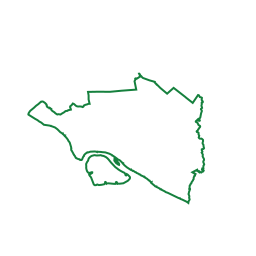 outline of Duran, Guayas, Ecuador, rotated 303°
{"feature_id": "8360857B97967949149299", "entity_name": "Duran", "entity_type": "district", "adm_level": 2, "iso_a3": "ECU", "parent_name": "Ecuador", "parent_adm1": "Guayas", "projection": "robinson", "projection_center": [-79.802, -2.217], "detail": "fine", "context": "isolated", "style": "outline", "palette": "green", "viewbox_px": 256, "rotation_deg": 303, "n_neighbors": 0, "source": "geoboundaries", "source_scale": "gbopen_adm2", "svg_char_len": 5754}
<svg xmlns="http://www.w3.org/2000/svg" viewBox="0 0 256 256"><g transform="rotate(303 128 128)"><path d="M158.9,197.3L159.1,196.2L159.1,195.4L158.2,194.1L158.2,193.3L158.5,192.5L160.4,191.9L161.0,190.7L162.4,189.8L162.5,189.3L162.2,187.9L162.6,187.4L162.9,187.4L163.9,187.8L165.0,187.6L165.9,187.8L167.0,187.7L167.7,187.9L168.4,187.8L168.7,187.6L169.0,187.1L168.9,185.6L170.3,183.2L170.1,181.7L170.2,181.4L170.7,181.2L171.2,181.4L173.4,181.9L173.3,182.4L172.6,182.9L172.6,183.2L172.9,184.0L173.3,184.2L173.6,184.0L174.1,182.9L174.7,182.5L175.6,182.9L176.2,182.9L180.1,181.3L182.5,180.7L182.9,180.2L183.4,179.0L183.8,178.8L185.2,179.2L185.7,178.7L186.6,177.5L188.2,176.9L189.3,176.0L189.8,176.0L190.2,176.6L190.6,176.6L191.0,176.2L191.7,174.4L192.9,173.9L193.6,173.5L193.6,173.0L193.1,171.4L194.0,169.7L194.0,169.3L193.8,168.8L184.3,168.6L185.1,159.8L185.2,159.5L186.5,144.4L178.1,142.1L179.2,133.2L180.3,128.1L180.1,128.1L180.8,125.5L181.3,125.3L179.7,120.2L178.1,113.3L178.2,112.3L178.7,110.9L178.8,109.8L179.5,108.6L179.7,107.8L179.6,107.7L178.3,109.7L177.5,110.1L177.1,109.7L175.9,109.4L174.7,108.6L174.0,108.5L173.9,108.3L173.9,107.5L173.5,107.2L173.2,107.2L172.8,107.8L170.8,108.0L164.7,114.0L155.7,102.2L148.4,93.0L142.7,84.0L136.5,74.8L133.9,77.2L130.5,79.4L127.4,82.6L126.8,81.7L125.6,80.9L124.2,79.6L122.7,78.7L121.9,79.0L121.2,78.8L120.8,78.5L120.6,77.3L119.9,75.9L118.8,74.4L118.3,73.0L118.3,72.1L118.7,69.7L118.5,68.4L116.6,68.3L114.6,67.7L113.6,68.4L113.2,69.2L112.3,70.1L110.3,68.1L109.7,68.0L109.1,67.6L108.7,66.9L108.4,66.6L107.7,66.2L106.7,66.0L103.7,64.5L102.6,64.1L101.6,62.0L100.8,61.3L100.8,60.9L100.8,58.9L101.1,57.9L101.1,55.2L101.5,53.7L101.8,53.4L102.2,53.3L102.2,52.4L101.8,51.6L102.3,51.4L102.3,51.0L101.7,50.1L101.7,48.7L102.1,48.2L102.2,47.8L102.9,47.5L103.0,46.9L103.5,46.4L103.5,45.7L103.8,45.1L103.9,42.7L103.8,42.2L103.4,41.4L102.8,41.1L102.6,40.7L99.2,39.8L96.6,38.8L93.7,38.1L89.3,36.7L88.3,36.6L86.6,36.6L85.3,36.9L85.0,37.2L85.0,37.6L85.1,45.3L85.3,47.8L85.1,50.0L85.3,52.3L84.9,55.7L87.4,61.1L87.5,61.8L87.8,62.2L87.7,62.4L88.0,63.4L88.7,66.5L88.5,69.5L87.6,73.6L87.7,75.5L87.4,76.6L87.4,76.8L87.6,76.8L87.4,77.1L87.2,78.2L87.4,78.9L87.0,78.8L86.7,79.5L86.7,80.2L86.0,82.5L85.4,84.0L84.7,85.1L84.4,86.2L84.0,87.1L80.8,90.9L80.2,91.3L80.0,91.6L79.5,91.7L78.4,92.7L78.1,93.7L77.4,94.8L76.9,95.9L76.4,96.5L76.2,97.3L75.8,97.7L75.6,98.7L74.7,100.1L74.5,100.8L74.7,101.0L74.6,101.8L75.0,103.7L75.4,104.4L75.1,105.3L75.5,105.7L75.9,106.5L76.8,106.6L78.7,106.2L79.9,106.1L80.2,106.3L80.7,106.3L81.1,106.0L81.8,106.0L83.2,106.3L85.4,107.1L85.4,107.5L85.8,107.9L87.6,109.3L90.0,112.6L90.7,113.9L90.9,114.8L91.7,114.2L91.2,115.0L92.3,116.8L93.1,118.2L93.2,118.4L93.7,119.5L95.2,122.3L96.3,126.4L96.6,129.4L96.3,129.8L96.5,130.4L96.5,132.4L96.3,135.8L96.1,136.8L96.3,137.6L96.4,138.9L95.7,142.5L95.9,143.1L95.7,143.2L95.4,143.0L95.3,143.3L95.5,143.5L95.2,143.8L94.8,145.3L94.4,148.6L94.4,151.1L94.4,152.9L94.9,153.2L94.8,153.4L94.6,153.4L94.5,153.6L94.7,154.7L94.6,155.4L95.0,155.8L94.9,158.0L95.0,158.4L95.2,158.6L95.2,158.8L95.0,159.7L95.3,161.4L95.4,162.2L95.2,162.9L95.6,163.7L95.3,165.0L95.7,166.4L95.7,168.2L96.1,168.4L96.0,168.7L95.8,168.8L95.7,169.0L95.8,171.8L95.6,172.5L95.6,173.5L95.4,173.9L95.6,174.8L95.4,175.0L95.1,176.5L94.8,177.0L95.3,177.3L94.6,177.6L94.2,180.7L94.2,181.4L94.0,182.0L93.9,182.6L94.5,183.7L94.3,183.9L94.1,183.7L94.0,184.0L94.2,184.7L94.5,187.7L94.2,188.4L94.6,189.1L94.4,189.2L94.9,193.4L94.8,194.0L94.8,194.6L95.3,196.6L96.8,208.5L97.0,209.3L97.3,209.5L97.4,209.1L97.4,209.4L97.4,209.7L97.1,209.9L97.1,210.8L97.5,212.4L98.1,217.3L98.0,219.4L99.6,218.7L101.3,218.7L101.8,218.5L102.7,217.3L103.7,216.9L104.5,216.3L105.6,214.7L106.5,214.5L107.5,214.0L109.2,213.7L109.8,213.0L110.0,213.4L110.4,213.4L110.8,213.1L111.2,212.3L113.3,211.1L114.6,211.2L114.9,211.0L116.4,211.2L116.9,210.9L117.3,210.9L119.5,211.0L120.0,210.8L120.8,210.9L122.4,210.0L123.6,209.9L124.4,210.1L124.6,209.7L124.8,209.8L125.8,209.7L126.2,209.7L126.2,208.6L125.9,207.1L125.9,206.1L130.6,208.7L130.5,208.8L129.8,208.6L129.7,208.9L130.2,209.2L130.3,209.6L129.8,210.3L129.8,210.8L130.5,211.1L130.6,211.5L130.4,211.8L129.7,212.0L129.7,212.4L130.5,212.9L130.7,213.8L131.2,213.9L131.9,214.2L132.5,214.7L132.8,214.6L133.4,214.7L133.5,214.4L133.1,213.9L133.0,213.4L133.5,212.6L134.3,212.4L134.4,213.4L134.9,213.5L135.6,212.8L137.5,211.8L138.3,211.8L139.0,211.7L140.5,209.6L141.2,209.3L142.5,209.2L143.3,208.7L144.8,206.1L146.5,205.2L147.5,203.2L148.3,203.4L148.7,203.3L149.6,201.9L150.3,201.5L150.7,201.7L151.2,202.4L151.7,202.7L152.2,202.8L152.6,202.7L152.9,202.2L154.2,201.0L155.0,200.4L155.5,199.2L156.0,198.7L157.9,198.1L158.9,197.3ZM83.5,112.1L81.8,111.7L80.8,111.7L78.8,112.3L77.2,112.2L75.0,112.5L72.5,114.3L71.8,114.6L70.8,115.6L69.7,116.9L69.1,118.1L68.9,119.1L69.4,120.2L71.3,121.8L71.4,122.1L71.0,122.4L70.7,122.4L69.2,121.7L67.8,120.8L67.5,121.1L67.0,122.2L66.7,123.3L66.4,124.0L62.0,130.1L62.0,130.9L62.0,131.4L62.8,132.4L63.8,132.9L64.0,133.2L64.1,134.1L64.3,134.7L66.0,136.8L67.9,138.7L68.7,138.9L70.3,138.3L70.5,138.5L70.5,138.8L69.6,140.3L69.9,140.4L70.9,141.6L73.7,147.0L74.2,147.8L74.6,148.0L75.9,147.4L76.3,147.6L76.4,148.3L76.2,148.5L75.3,149.0L75.3,149.5L75.9,149.9L76.7,151.3L79.1,154.2L83.6,156.6L86.2,157.1L87.1,156.9L87.7,156.5L88.1,155.9L88.7,153.2L88.7,151.9L88.3,151.8L88.0,152.3L87.6,152.4L87.2,152.3L87.1,151.9L87.1,151.7L87.6,151.2L88.5,149.5L88.2,147.5L88.0,144.8L88.0,142.2L88.1,141.7L88.3,138.6L89.8,132.5L91.0,128.9L91.4,127.3L91.6,125.4L91.3,122.9L90.5,120.9L90.4,120.0L89.3,118.7L87.7,116.4L87.1,114.9L86.7,114.4L84.8,112.7L83.5,112.1ZM92.6,140.5L93.4,139.6L94.5,135.8L94.5,133.6L93.2,134.3L92.1,137.2L92.0,139.7L92.2,140.6L92.6,140.5Z" fill="none" stroke="#15803d" stroke-width="2"/></g></svg>